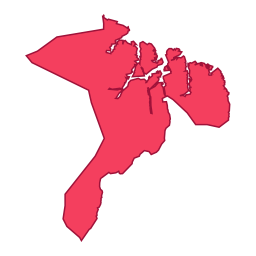 outline of Sør-Varanger nor, Finnmark, Norway
{"feature_id": "86288312B98224162040661", "entity_name": "Sør-Varanger nor", "entity_type": "district", "adm_level": 2, "iso_a3": "NOR", "parent_name": "Norway", "parent_adm1": "Finnmark", "projection": "mercator", "projection_center": [30.163, 69.519], "detail": "fine", "context": "isolated", "style": "filled", "palette": "rose", "viewbox_px": 256, "rotation_deg": 0, "n_neighbors": 0, "source": "geoboundaries", "source_scale": "gbopen_adm2", "svg_char_len": 5696}
<svg xmlns="http://www.w3.org/2000/svg" viewBox="0 0 256 256"><path d="M26.3,55.7L32.0,62.6L88.6,90.2L91.4,102.7L104.3,138.4L95.2,156.2L65.1,194.2L65.1,205.7L63.1,218.9L66.9,226.4L79.7,237.5L81.4,240.6L89.2,229.3L90.6,228.5L97.0,218.5L96.2,216.1L97.0,215.4L96.8,213.0L98.2,209.5L97.5,207.9L99.2,207.1L100.6,204.2L101.0,202.1L100.7,201.1L101.1,200.2L101.0,198.2L101.8,197.5L101.5,195.9L102.5,192.2L102.0,190.6L100.5,189.4L99.6,186.7L99.7,182.7L100.6,178.5L108.9,172.4L110.5,173.6L115.9,172.8L118.7,171.3L119.4,173.3L120.3,173.8L122.6,173.6L132.1,163.7L132.3,161.9L134.2,158.1L139.3,156.2L140.0,154.3L144.3,150.6L149.1,151.6L151.2,154.5L156.4,152.2L158.5,150.1L161.6,144.1L164.7,140.5L164.4,138.3L165.0,130.6L166.0,128.2L169.4,125.3L170.0,121.8L169.7,120.6L170.3,119.0L169.6,114.5L168.2,112.1L168.0,109.9L167.5,109.2L167.3,105.5L166.4,101.7L162.8,101.9L162.3,98.5L165.8,96.6L164.2,93.9L163.1,87.4L161.4,85.1L161.6,83.0L162.2,84.5L163.2,83.9L162.2,82.5L158.3,82.7L155.0,86.4L149.9,89.2L149.2,90.7L150.0,95.6L150.7,96.9L150.9,105.5L152.0,113.5L150.8,113.2L150.1,108.4L150.3,106.1L149.2,105.5L150.0,105.7L149.6,102.1L150.0,99.7L149.6,98.3L150.2,96.9L149.2,95.4L149.3,94.3L148.4,94.3L148.3,93.3L148.8,93.2L147.9,92.2L147.7,90.4L148.2,90.0L147.7,88.1L148.3,87.9L148.9,89.4L150.1,89.0L158.5,80.7L159.0,78.9L157.7,77.3L160.5,76.9L160.4,76.0L161.7,73.8L160.0,70.9L158.9,71.7L158.6,73.0L157.9,72.7L158.1,71.3L157.8,71.0L156.7,71.9L157.7,72.5L157.2,73.1L152.0,74.0L152.4,75.8L150.0,77.7L149.3,76.6L148.7,77.7L148.8,78.9L146.6,82.4L146.0,82.5L146.4,81.4L146.1,80.8L144.2,79.2L140.6,79.6L138.3,78.4L130.8,80.4L128.7,82.7L127.8,86.3L122.2,91.4L120.1,96.4L117.9,98.6L116.1,98.4L116.9,97.9L116.4,97.4L119.3,92.9L122.8,90.3L119.9,89.1L117.6,89.9L108.8,89.2L109.5,88.3L112.2,89.3L119.8,88.3L122.8,89.3L122.3,87.6L124.4,84.5L124.7,82.7L125.5,82.8L126.8,79.6L125.9,77.8L128.4,78.9L129.3,76.8L127.5,77.2L127.9,76.4L126.9,76.0L126.3,74.4L131.0,73.4L131.7,71.5L132.4,71.9L131.6,69.8L134.9,65.6L134.7,64.6L135.9,64.9L137.2,63.3L134.8,61.2L138.6,59.9L138.5,58.8L136.6,57.2L137.3,55.9L135.4,54.8L136.7,53.9L136.4,51.9L137.3,48.5L134.9,45.8L134.0,45.9L135.2,44.0L136.1,44.3L133.5,41.3L131.3,41.9L131.4,44.6L127.5,43.0L125.2,40.5L123.9,41.1L122.7,44.4L123.0,40.4L119.5,40.1L117.5,41.9L117.2,42.7L117.6,44.0L116.5,43.9L115.9,46.0L114.7,46.2L114.3,48.5L114.7,49.0L113.0,50.0L113.1,51.0L112.1,52.1L111.0,52.2L110.8,53.6L106.3,52.5L106.2,51.2L106.7,50.5L110.5,50.7L110.7,49.0L109.7,47.3L111.6,45.7L111.6,44.2L114.9,43.8L115.9,41.9L115.2,41.0L115.5,40.3L121.6,37.6L122.0,36.3L126.2,34.2L127.8,32.8L128.0,31.2L129.4,30.5L129.3,29.4L127.8,28.5L128.4,27.9L128.2,26.9L126.9,27.8L123.1,25.4L116.4,23.6L117.3,21.6L108.4,19.2L107.4,20.0L102.8,16.8L103.7,23.7L103.6,29.2L56.9,37.0L37.4,51.2L26.3,55.7ZM178.9,48.9L176.3,48.4L175.3,50.0L174.3,48.9L173.3,50.2L171.6,48.6L169.1,48.6L167.2,50.5L166.6,52.1L166.8,54.6L165.7,54.9L168.7,62.3L167.8,63.7L167.7,65.1L170.3,69.6L169.8,70.1L171.1,71.3L170.7,71.8L171.1,73.0L163.3,76.4L163.3,78.2L164.4,81.0L164.0,81.9L165.8,83.4L165.5,84.1L165.8,85.6L164.0,87.2L165.1,93.4L164.5,93.7L166.2,96.5L167.5,96.0L173.1,99.6L187.2,112.8L195.7,124.6L207.2,124.6L219.1,127.2L228.5,120.1L228.5,117.5L229.1,116.7L228.8,115.5L229.1,113.4L228.4,112.2L229.3,111.0L229.7,104.2L228.1,100.8L227.9,97.5L227.2,96.1L228.1,94.4L229.1,94.8L228.7,94.5L228.9,92.8L226.7,91.1L227.0,90.4L226.2,89.0L224.8,88.8L225.4,88.4L223.4,85.7L224.7,84.7L224.5,83.7L224.9,82.7L224.3,82.2L224.8,81.6L224.7,80.8L223.3,79.8L223.0,77.7L223.7,77.9L223.3,76.7L222.5,77.3L222.9,76.0L222.2,74.9L221.6,75.4L221.8,73.6L220.8,72.9L220.9,71.5L217.8,68.2L211.5,73.1L211.8,73.5L210.9,73.3L211.4,75.1L209.4,75.2L208.7,74.8L209.4,72.2L208.7,70.8L208.8,70.1L211.5,69.7L211.4,68.7L212.7,67.3L212.7,66.4L209.1,65.2L209.1,66.2L207.8,66.2L209.7,67.5L207.6,67.2L208.6,68.6L207.4,68.6L206.0,66.8L208.9,64.9L207.8,64.0L205.8,65.2L204.3,63.4L201.1,62.6L200.6,62.8L202.3,64.7L202.4,65.8L200.4,65.2L200.4,64.0L199.0,63.3L194.7,65.0L196.9,63.3L195.1,61.3L191.6,63.1L189.7,62.6L190.1,62.9L188.8,63.4L189.0,66.4L188.0,64.7L188.0,66.5L189.7,70.4L189.5,73.4L189.0,73.7L189.4,74.4L189.2,75.8L191.1,77.8L191.7,79.7L190.9,81.0L189.9,79.0L189.4,78.6L189.2,79.7L190.0,80.8L189.2,83.9L189.4,84.9L190.2,87.5L190.9,87.4L190.9,87.5L189.6,87.8L190.1,89.9L189.8,91.2L191.0,92.3L190.0,94.2L186.1,94.8L185.1,96.5L183.3,95.4L179.9,95.7L184.4,94.2L188.6,90.6L187.6,87.3L187.8,83.5L187.2,83.3L187.4,82.3L187.1,80.1L187.7,78.3L187.1,77.9L187.6,76.7L187.0,74.8L187.8,73.6L187.4,70.9L185.3,71.0L185.9,70.6L185.5,67.9L186.3,66.6L185.7,65.2L186.0,63.7L185.2,62.4L185.8,62.0L185.6,60.7L184.4,56.7L183.5,56.0L180.9,57.9L178.7,57.3L177.0,58.9L177.2,57.5L176.1,57.4L174.1,59.5L170.9,60.4L173.8,59.2L173.8,57.6L179.9,54.6L181.8,51.9L178.6,51.0L179.7,50.0L178.9,48.9ZM147.2,44.6L142.9,41.6L140.0,43.1L139.9,46.6L141.0,48.8L140.0,51.4L140.8,53.1L140.9,56.8L139.9,56.6L140.7,59.4L140.0,60.1L139.8,63.9L139.2,62.9L137.7,63.4L135.6,66.3L134.9,70.4L134.2,71.3L134.6,72.4L132.3,76.7L144.4,75.9L143.6,72.6L142.8,71.4L143.0,70.7L141.2,67.7L141.4,67.4L142.7,68.4L143.8,72.8L146.2,74.1L152.3,69.1L157.0,67.0L157.6,65.4L161.8,64.2L163.1,62.2L161.6,58.4L161.1,58.5L161.3,59.4L158.0,60.8L157.9,62.3L157.1,63.1L156.2,63.0L156.0,61.6L154.1,62.4L152.4,61.5L151.8,60.5L155.8,60.0L155.7,58.8L154.8,58.8L154.6,57.8L155.9,58.1L156.3,59.8L156.6,58.3L156.3,57.0L157.1,57.1L157.3,56.0L156.6,54.8L154.6,54.4L154.8,53.3L155.9,53.1L155.2,52.5L155.1,51.4L155.8,50.8L155.3,49.9L152.8,51.3L154.8,48.4L151.4,44.0L149.1,43.3L147.2,44.6ZM166.6,65.8L164.6,67.3L165.0,69.0L164.0,69.2L164.2,70.8L169.1,70.3L166.6,65.8ZM102.9,16.6L103.3,16.7L104.0,16.0L103.7,15.4L102.9,16.6Z" fill="#f43f5e" stroke="#9f1239" stroke-width="1.5"/></svg>